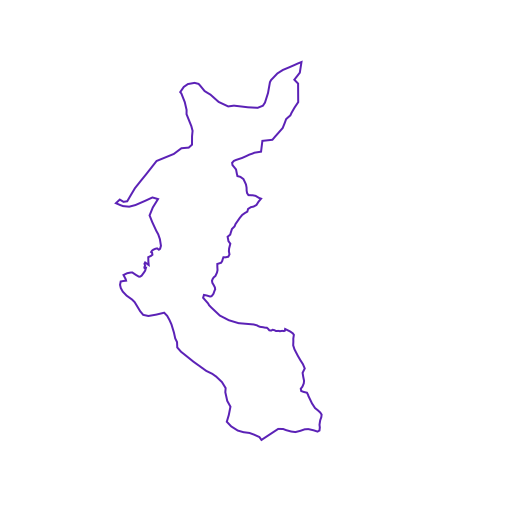 Marudi, Sarawak, Malaysia, rotated 61°
{"feature_id": "92858781B4592285011837", "entity_name": "Marudi", "entity_type": "district", "adm_level": 2, "iso_a3": "MYS", "parent_name": "Malaysia", "parent_adm1": "Sarawak", "projection": "orthographic", "projection_center": [114.551, 4.191], "detail": "fine", "context": "isolated", "style": "outline", "palette": "violet", "viewbox_px": 512, "rotation_deg": 61, "n_neighbors": 0, "source": "geoboundaries", "source_scale": "gbopen_adm2", "svg_char_len": 3704}
<svg xmlns="http://www.w3.org/2000/svg" viewBox="0 0 512 512"><g transform="rotate(61 256 256)"><path d="M194.7,331.9L201.0,334.2L203.2,336.4L203.4,337.9L201.4,338.8L200.9,340.5L200.7,342.7L200.9,344.3L201.7,345.8L202.8,345.3L204.7,346.0L205.0,347.8L204.8,350.8L208.6,352.8L211.8,354.2L207.9,356.1L208.7,357.3L210.8,357.7L211.7,359.1L212.5,359.3L213.0,358.0L215.1,360.1L216.1,362.0L217.8,365.7L217.8,367.6L217.2,368.5L214.3,370.2L210.4,372.2L209.6,373.9L208.6,377.0L208.4,381.1L213.0,381.2L214.6,381.6L213.8,383.5L212.7,386.7L215.3,388.9L218.5,389.8L222.5,389.8L227.9,388.4L234.0,385.5L237.5,384.5L242.4,384.3L248.1,384.1L252.8,383.2L256.3,379.2L258.9,371.7L261.1,363.8L265.3,362.7L269.9,362.7L274.8,363.1L283.2,364.9L288.9,366.6L293.0,366.8L297.8,369.2L303.4,368.0L311.6,364.6L318.0,362.0L332.4,355.2L337.8,351.4L342.4,349.2L349.8,346.9L356.8,346.6L360.3,348.9L368.8,351.4L375.4,351.4L381.9,356.9L386.8,361.9L393.0,360.3L399.8,356.6L404.0,352.4L407.6,347.5L411.3,344.3L416.0,340.8L419.5,340.4L418.0,320.5L420.4,316.2L422.9,314.1L426.6,310.3L429.1,306.9L430.4,302.0L431.2,297.4L432.8,294.1L436.4,290.1L439.4,287.3L439.4,286.9L439.4,285.1L436.9,283.3L434.4,282.3L432.2,280.6L430.7,279.4L428.6,277.0L426.5,275.5L424.0,275.7L421.0,276.7L417.6,278.1L412.0,278.5L403.5,278.0L402.9,277.8L400.3,277.7L397.9,280.3L396.0,281.9L393.8,281.2L392.8,278.8L390.6,276.0L388.5,274.5L384.4,273.2L380.8,271.9L379.3,269.8L378.0,267.9L373.4,267.4L368.7,267.7L363.4,267.8L356.3,267.6L352.2,266.8L348.9,264.8L346.3,263.4L343.3,261.1L341.5,261.3L338.6,262.7L334.0,265.9L335.3,266.9L335.2,268.0L334.4,269.0L333.8,270.3L333.4,271.6L332.6,272.3L331.3,274.9L329.9,275.8L328.6,277.2L328.6,278.8L328.0,279.7L327.4,280.4L325.6,280.7L324.0,281.3L323.1,282.8L321.6,284.5L320.0,286.7L318.6,287.9L317.1,288.8L314.7,291.3L306.3,303.8L299.0,310.9L290.6,316.5L279.3,320.1L276.3,320.9L274.3,320.9L266.9,322.5L264.8,320.4L266.7,318.2L269.2,315.8L269.6,314.4L269.1,313.0L268.4,311.5L267.4,310.4L266.1,308.9L265.4,307.9L263.6,307.2L260.9,307.1L258.4,307.2L256.3,306.5L255.0,304.9L254.2,303.3L253.8,301.2L252.7,299.7L251.6,298.2L249.7,296.5L246.8,295.1L244.2,293.7L245.0,289.8L244.0,288.0L242.5,286.5L241.3,285.1L242.3,283.5L243.2,280.6L241.7,278.4L238.7,277.4L236.4,275.9L232.8,272.5L229.7,272.9L225.4,271.5L224.8,268.2L223.2,266.6L220.7,263.9L219.7,260.4L218.1,258.4L214.8,251.7L213.4,248.2L213.0,244.6L213.0,242.1L211.0,240.1L210.8,236.8L211.6,234.2L211.6,230.9L209.7,227.4L208.3,223.8L206.7,225.2L203.2,227.2L201.4,229.3L199.1,233.1L196.7,233.3L194.3,232.5L191.6,231.1L188.6,230.1L186.1,229.9L182.6,229.7L179.2,231.3L177.1,233.5L174.9,232.9L170.6,231.5L165.1,232.5L162.9,231.7L162.1,229.3L162.3,227.0L162.9,223.8L163.5,220.7L163.9,216.2L164.1,212.6L164.7,209.5L164.9,207.3L167.2,201.0L158.4,194.6L162.3,185.3L160.9,181.6L157.0,170.6L153.5,166.3L150.9,163.3L150.3,160.8L149.7,157.8L148.0,155.5L144.8,150.2L141.9,144.5L125.6,135.6L120.4,137.0L116.9,128.8L108.4,122.2L107.9,126.1L107.6,129.9L107.1,135.2L106.3,142.3L106.7,148.8L109.4,157.5L110.7,159.5L119.3,166.5L122.8,170.2L126.2,173.8L127.9,177.1L127.2,182.7L123.5,188.6L122.0,191.0L118.6,195.7L113.8,202.4L111.7,207.8L103.1,214.0L92.8,217.6L89.7,219.4L86.8,221.0L79.6,222.3L77.6,222.8L74.8,225.8L72.6,232.2L73.1,237.2L75.9,242.8L77.7,242.5L86.9,243.7L94.6,245.9L98.3,248.0L111.1,249.6L115.8,250.8L120.3,253.9L127.6,258.0L128.6,262.3L127.4,264.9L125.6,269.0L126.9,278.4L124.7,296.9L131.4,312.8L134.2,319.8L138.0,329.0L141.9,335.7L145.7,342.1L144.4,345.6L140.6,347.8L141.9,352.9L145.7,350.0L147.9,348.1L151.4,343.0L153.0,336.7L154.0,326.2L154.6,318.2L158.7,314.1L163.5,322.7L168.9,329.4L175.9,330.3L185.5,331.0L189.6,331.0L194.7,331.9Z" fill="none" stroke="#5b21b6" stroke-width="2"/></g></svg>